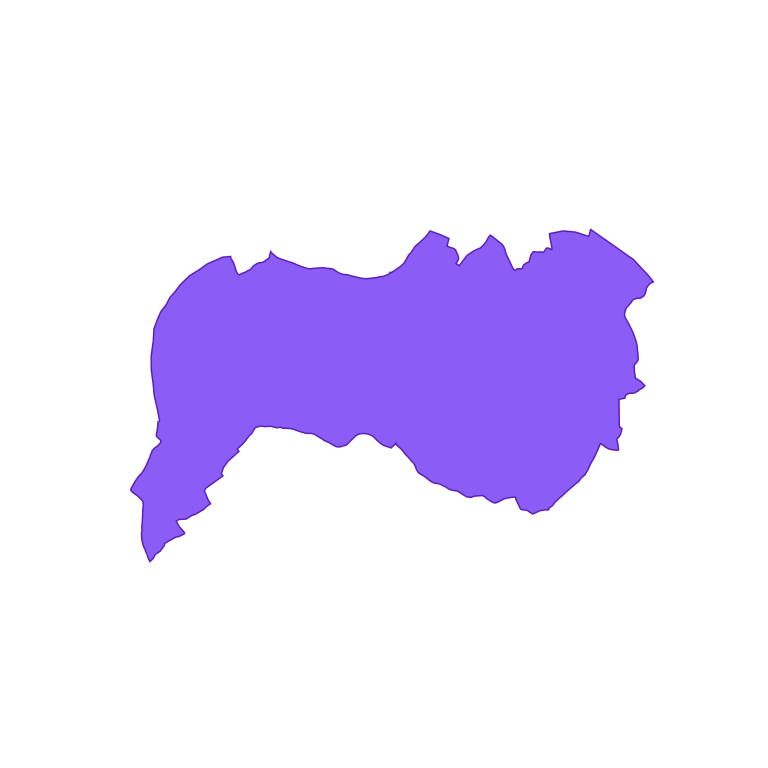 outline of Concordia, Magdalena, Colombia, rotated 335°
{"feature_id": "7082276B98698939167596", "entity_name": "Concordia", "entity_type": "district", "adm_level": 2, "iso_a3": "COL", "parent_name": "Colombia", "parent_adm1": "Magdalena", "projection": "natural_earth1", "projection_center": [-74.777, 10.231], "detail": "fine", "context": "isolated", "style": "filled", "palette": "violet", "viewbox_px": 768, "rotation_deg": 335, "n_neighbors": 0, "source": "geoboundaries", "source_scale": "gbopen_adm2", "svg_char_len": 6124}
<svg xmlns="http://www.w3.org/2000/svg" viewBox="0 0 768 768"><g transform="rotate(335 384 384)"><path d="M96.8,446.0L100.9,444.7L104.6,441.9L110.5,440.9L116.8,437.4L118.0,435.7L130.7,434.8L133.6,435.6L139.5,435.5L140.4,434.5L137.9,425.5L137.9,420.2L141.0,420.2L147.6,422.8L154.2,421.9L157.5,422.4L167.5,421.5L171.9,419.9L176.2,419.2L175.6,414.5L176.1,404.7L178.4,403.2L199.2,399.2L198.8,396.4L203.3,391.8L210.1,388.0L224.0,383.8L223.4,380.9L230.9,378.6L240.4,373.8L243.3,373.0L245.7,371.2L247.5,370.0L248.8,369.3L251.4,369.5L254.0,369.9L255.8,370.7L257.7,372.2L258.7,372.5L259.8,373.0L262.0,373.8L264.0,374.8L266.8,377.1L268.7,378.6L271.5,379.2L272.5,379.8L273.3,381.1L274.7,381.9L275.7,382.5L278.3,383.6L279.7,384.6L281.4,385.4L284.0,387.9L287.2,391.2L291.4,394.8L293.6,396.5L295.7,397.2L297.6,398.3L299.8,400.3L302.7,404.7L304.3,406.9L305.8,409.7L309.2,413.7L312.7,418.7L314.6,420.9L315.9,421.6L317.4,422.4L319.3,422.7L320.9,422.8L322.7,423.3L323.7,423.4L324.5,423.3L329.3,421.5L336.2,419.1L338.1,418.7L340.8,419.0L342.8,419.5L344.8,420.3L347.2,421.8L349.3,423.5L351.2,425.5L352.7,428.5L353.9,432.3L355.8,436.4L357.5,439.3L359.6,441.3L363.6,445.0L364.6,444.5L368.3,443.4L369.8,442.8L369.5,444.2L370.4,446.4L372.1,450.3L373.6,456.5L375.0,460.5L376.2,464.9L377.3,468.1L377.6,470.4L377.3,475.6L377.4,477.3L377.8,479.2L379.3,481.6L380.4,483.0L382.8,487.0L384.4,490.5L385.3,492.1L386.4,493.5L387.6,494.8L388.5,495.7L389.5,496.4L390.9,497.0L392.0,498.1L393.8,500.1L394.9,501.7L396.1,502.9L397.2,504.8L398.3,506.5L398.9,507.2L399.7,508.2L400.6,508.8L405.5,512.3L408.7,517.4L410.4,520.0L412.0,521.8L413.4,522.6L415.2,523.6L417.6,523.8L419.1,524.0L421.9,525.1L425.5,526.5L426.6,527.2L427.8,529.2L428.9,531.8L432.0,536.5L434.0,538.6L435.0,539.0L437.5,539.1L444.0,538.9L447.2,539.4L454.3,541.4L455.3,542.4L454.8,544.4L454.9,554.8L455.3,555.7L456.2,556.5L459.9,558.5L461.2,560.4L462.7,563.2L463.7,564.5L465.3,564.8L467.2,564.7L472.1,564.8L474.3,565.5L475.9,565.8L478.1,566.8L479.9,567.5L480.5,567.3L480.6,566.3L485.5,565.4L489.1,563.4L493.3,562.0L499.4,560.3L504.3,558.6L514.6,555.7L519.3,554.6L523.1,552.5L528.0,551.1L533.1,547.4L538.7,542.7L542.7,540.1L548.8,535.0L554.8,529.6L556.2,531.2L558.0,534.7L560.0,537.5L561.8,539.1L565.2,541.4L567.7,542.8L568.4,542.9L569.2,541.6L571.0,535.7L571.3,533.5L571.9,532.2L572.7,531.7L573.8,531.7L577.1,529.6L578.7,527.7L580.8,525.0L580.4,524.1L579.4,522.4L579.6,521.3L582.3,515.2L584.7,510.1L590.0,498.2L590.5,497.2L592.6,497.7L595.8,498.5L595.8,498.4L596.6,498.4L597.7,496.6L598.9,496.2L600.7,496.1L602.0,496.1L603.2,496.4L604.9,497.3L606.7,497.8L607.6,498.0L609.2,497.8L611.4,497.7L613.0,497.0L614.9,497.0L617.0,496.8L619.0,496.1L619.7,495.7L617.6,489.8L614.3,484.9L615.3,481.9L616.0,479.1L618.4,473.3L619.1,472.5L620.0,472.0L621.9,471.2L623.4,470.4L624.3,469.7L624.8,468.9L625.5,467.6L628.6,458.9L629.1,457.3L629.8,455.4L630.3,453.0L631.1,446.8L631.4,442.4L631.3,435.6L631.2,432.4L630.7,425.8L630.9,424.1L631.3,422.7L632.6,420.9L633.7,419.5L634.9,418.2L635.9,417.4L641.9,414.9L644.4,413.3L646.1,412.8L650.5,413.5L651.5,413.9L652.1,414.5L655.7,414.3L657.0,413.8L658.7,412.6L660.0,411.3L661.3,409.4L662.2,408.3L664.4,406.7L666.3,405.8L667.5,405.4L671.3,405.3L669.2,396.6L662.7,376.8L662.7,376.5L660.8,373.5L653.6,360.8L636.6,331.3L631.9,336.8L621.8,327.3L611.3,321.1L598.2,317.8L598.1,318.0L597.5,317.8L596.6,320.3L593.8,331.3L592.9,333.0L592.5,332.8L590.8,330.7L589.7,329.8L588.6,329.6L585.2,331.5L583.7,331.7L582.5,331.4L581.9,330.5L581.1,330.0L580.1,329.8L577.8,328.8L576.4,327.8L575.3,327.2L573.2,328.2L571.6,329.1L570.1,331.0L569.7,331.5L567.9,333.6L566.7,334.8L565.9,334.7L564.9,334.3L562.6,334.9L561.3,334.9L559.8,336.0L558.8,337.0L557.9,337.6L556.9,337.6L556.0,337.2L554.9,336.4L554.1,335.9L552.0,336.1L550.7,336.5L550.3,335.6L549.8,334.0L549.7,329.9L549.7,322.9L549.6,319.3L549.9,315.5L550.5,313.3L550.5,309.4L550.0,307.1L543.5,294.2L543.0,294.1L540.8,295.1L536.7,298.2L533.1,300.0L529.6,301.2L528.9,301.5L527.4,301.3L521.0,301.4L515.9,302.2L515.1,302.2L513.1,302.9L507.5,305.7L504.0,307.6L502.1,308.5L500.2,305.3L503.0,303.6L504.7,301.7L505.3,299.5L505.5,294.7L505.3,292.5L504.8,291.0L501.2,287.6L499.4,285.6L504.4,279.6L497.5,271.8L490.4,264.7L485.9,267.3L484.2,268.1L479.6,269.7L474.7,271.2L472.2,271.8L469.5,272.9L463.5,276.6L461.4,277.3L459.8,278.2L457.5,280.1L453.0,283.0L450.2,284.0L448.5,284.5L445.7,284.8L442.9,285.4L438.5,286.1L437.5,286.2L436.8,285.3L436.4,285.7L435.6,286.0L435.5,286.3L431.7,286.4L428.5,286.1L425.9,285.1L422.7,284.5L420.0,283.7L413.7,281.6L411.2,280.4L408.3,278.7L402.8,274.4L400.1,272.2L397.2,269.6L395.3,268.5L393.7,267.8L393.1,267.1L391.9,266.2L390.8,265.1L389.7,263.6L388.1,261.2L386.6,258.5L384.9,257.1L382.9,256.0L379.4,253.9L378.0,252.9L376.1,252.2L371.9,250.5L369.6,249.6L367.2,248.9L365.0,248.1L363.0,246.6L360.5,244.2L358.0,241.8L355.6,239.3L353.2,236.4L345.2,228.9L343.5,227.4L342.8,226.5L341.4,225.2L340.2,223.5L339.0,220.8L337.6,217.8L337.3,216.1L335.9,217.6L334.8,219.0L333.9,220.3L333.2,221.2L331.3,221.5L328.7,222.1L326.4,222.4L325.5,222.3L323.6,222.1L322.3,221.4L319.4,221.2L315.8,221.8L313.5,222.8L311.9,223.6L310.4,223.8L308.1,223.7L306.4,224.1L304.9,223.9L301.5,223.7L299.3,224.1L298.0,222.5L297.8,221.1L298.0,216.9L298.7,212.9L298.8,209.6L298.6,207.1L298.2,206.1L298.9,203.6L291.1,200.8L274.7,200.5L265.0,202.3L253.3,203.8L241.5,207.9L233.9,211.9L226.6,215.1L220.4,219.9L212.0,224.4L206.1,229.6L198.8,236.8L193.2,247.3L185.0,260.0L179.0,273.0L175.0,285.9L170.9,297.4L168.1,310.3L165.1,322.6L163.2,322.8L161.4,326.1L158.7,330.3L157.0,332.7L155.8,334.5L155.8,335.7L157.4,339.6L157.8,341.1L157.3,342.0L155.5,343.4L152.2,344.5L148.5,345.2L145.3,346.8L144.1,348.3L142.3,349.6L141.5,350.8L135.3,356.3L131.3,359.5L127.2,362.2L123.1,363.8L118.2,366.5L111.2,371.4L110.4,372.1L109.9,372.7L109.7,373.2L109.7,374.1L110.7,376.7L111.5,378.1L112.9,380.2L115.0,385.5L115.8,388.6L115.2,390.5L114.7,391.9L111.8,396.8L109.3,401.9L105.9,408.1L104.0,411.3L103.1,413.9L101.1,416.9L99.8,419.9L98.7,422.7L97.5,428.7L97.4,431.5L97.5,433.2L97.2,435.3L97.2,438.4L96.8,441.0L96.7,443.5L96.8,446.0Z" fill="#8b5cf6" stroke="#5b21b6" stroke-width="1.5"/></g></svg>